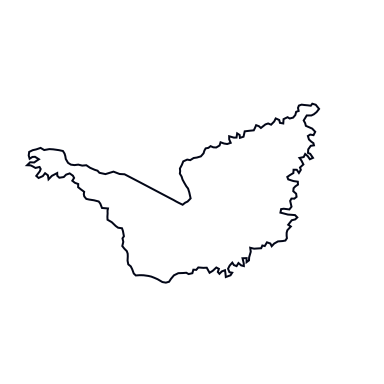 the district of Mandaguari, Paraná, Brazil, rotated 71°
{"feature_id": "56859067B2319908604848", "entity_name": "Mandaguari", "entity_type": "district", "adm_level": 2, "iso_a3": "BRA", "parent_name": "Brazil", "parent_adm1": "Paraná", "projection": "robinson", "projection_center": [-51.721, -23.489], "detail": "fine", "context": "isolated", "style": "outline", "palette": "ink", "viewbox_px": 384, "rotation_deg": 71, "n_neighbors": 0, "source": "geoboundaries", "source_scale": "gbopen_adm2", "svg_char_len": 3672}
<svg xmlns="http://www.w3.org/2000/svg" viewBox="0 0 384 384"><g transform="rotate(71 192 192)"><path d="M269.2,134.3L267.5,131.1L266.7,126.8L267.9,122.2L268.3,119.5L266.6,117.3L264.3,116.8L261.4,115.8L259.2,114.3L256.8,109.8L254.3,111.7L251.2,106.9L251.5,103.3L250.3,100.7L247.4,102.1L245.8,105.7L244.6,108.6L241.8,112.8L240.3,115.1L237.2,113.3L237.7,110.7L240.2,105.6L238.3,102.7L232.4,102.1L230.6,100.1L231.6,97.4L230.6,94.7L227.5,94.1L224.2,96.0L221.5,94.7L220.3,92.4L219.5,89.4L216.7,88.6L214.7,92.5L211.4,96.9L208.8,97.0L207.9,93.9L207.1,90.0L204.0,88.7L205.1,85.7L208.8,84.7L206.5,81.9L204.0,81.9L202.2,77.7L197.8,78.3L194.8,79.3L195.3,75.0L192.9,72.6L195.8,70.9L199.4,69.9L199.1,66.5L194.4,67.8L192.8,69.6L189.5,68.2L187.0,64.7L187.6,61.5L185.3,61.3L183.3,62.8L180.4,64.3L176.8,64.2L176.2,61.5L177.8,58.6L175.2,55.9L171.2,57.7L166.5,62.8L163.8,62.6L160.7,63.1L157.0,58.6L158.5,54.3L158.2,51.5L157.0,48.2L154.8,44.8L149.8,46.6L147.7,49.5L149.1,51.6L147.8,54.2L146.4,57.3L145.1,59.9L145.1,62.8L147.0,64.4L150.1,64.8L150.1,67.4L152.9,69.3L154.6,72.2L154.3,75.7L152.4,77.3L152.9,81.7L156.9,83.4L155.3,86.3L152.3,86.1L149.7,88.9L152.1,91.3L154.1,95.3L152.0,97.7L152.0,100.6L153.9,106.0L151.6,107.3L149.7,109.6L151.8,111.5L153.8,113.5L152.9,117.3L151.8,122.4L156.5,125.3L156.4,129.0L153.6,128.4L151.3,130.2L155.0,132.2L154.2,134.7L151.4,138.7L154.4,139.7L158.1,139.4L158.1,143.1L156.6,145.9L154.3,148.8L157.0,150.8L157.8,154.6L156.7,157.3L154.7,159.5L155.6,162.1L155.2,164.9L156.9,166.8L159.2,168.5L161.2,172.0L161.0,176.2L160.4,179.4L161.3,183.3L159.8,186.0L160.2,190.3L163.0,192.7L165.9,195.8L168.4,196.4L170.7,197.5L174.0,196.8L177.2,196.9L180.8,196.3L184.8,195.5L187.4,194.6L191.5,194.7L197.6,195.4L199.6,199.3L199.9,202.0L201.0,205.0L198.0,208.0L195.9,210.0L193.5,212.1L189.4,216.0L164.9,239.0L153.3,250.0L151.4,254.6L147.2,259.6L146.9,268.0L143.7,273.3L141.1,274.4L139.3,276.8L135.9,280.5L132.3,283.2L131.3,287.2L129.1,290.6L128.3,294.4L126.7,297.6L124.1,299.7L119.7,300.6L116.8,300.1L114.2,300.0L111.2,300.7L109.1,304.2L106.5,309.3L105.0,312.9L104.2,318.1L101.0,320.8L101.0,325.4L100.6,329.0L101.1,332.9L104.3,334.5L107.7,334.7L106.9,331.5L107.6,329.0L111.2,326.1L112.0,329.2L112.7,331.6L111.2,335.4L113.0,339.2L114.3,335.9L116.1,334.1L118.3,332.2L118.7,328.0L121.0,327.6L122.9,329.2L126.1,334.0L128.8,332.5L128.4,327.9L126.4,324.8L129.3,322.8L133.3,323.5L131.1,319.2L130.2,313.3L132.8,314.1L135.3,312.8L136.1,308.4L134.6,305.4L134.6,301.6L137.8,299.3L140.3,298.9L142.4,301.5L145.2,299.7L147.4,297.0L150.4,298.1L153.8,295.9L156.7,293.9L158.8,295.0L161.1,295.3L164.1,294.2L165.7,291.6L167.9,287.4L170.6,283.3L173.1,282.5L177.8,282.3L180.2,276.8L182.3,278.0L184.9,278.8L187.7,280.0L190.7,280.9L194.4,277.7L199.3,275.2L201.7,273.5L203.5,270.0L206.4,270.0L211.7,270.8L213.2,272.8L216.8,273.2L220.4,275.5L223.6,274.4L226.7,272.9L229.4,272.9L232.0,273.7L236.0,275.3L239.7,275.8L242.4,274.1L245.4,273.7L250.1,273.6L252.6,272.3L253.5,269.0L254.9,265.0L257.2,260.5L258.7,258.1L260.9,255.5L263.3,252.9L267.5,249.3L269.2,246.2L269.4,242.9L267.3,240.2L264.9,236.2L264.3,231.4L265.7,226.8L266.5,223.7L268.5,221.9L268.9,218.1L265.9,216.0L267.0,213.3L265.4,210.6L267.4,206.0L268.4,202.7L274.1,201.7L273.3,198.1L271.3,193.6L273.4,191.6L276.0,193.6L278.3,192.7L276.8,189.7L276.7,186.3L279.5,186.8L283.4,187.7L283.3,182.7L281.4,180.3L280.0,182.7L276.3,182.9L273.8,180.3L271.9,176.9L274.7,176.2L276.6,174.0L274.3,171.2L277.4,169.4L278.9,167.1L276.3,166.3L271.1,165.8L272.3,161.9L276.1,163.2L275.2,160.4L272.3,159.2L267.6,155.9L263.7,155.1L265.8,151.8L267.7,144.9L265.5,142.9L266.8,140.8L264.0,137.5L266.2,134.7L269.2,134.3Z" fill="none" stroke="#020617" stroke-width="2"/></g></svg>